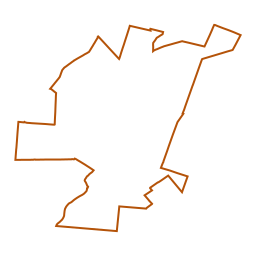 Lehliu, Calarasi, Romania (Natural Earth projection)
{"feature_id": "2599482B77078336789858", "entity_name": "Lehliu", "entity_type": "district", "adm_level": 2, "iso_a3": "ROU", "parent_name": "Romania", "parent_adm1": "Calarasi", "projection": "natural_earth1", "projection_center": [26.817, 44.478], "detail": "fine", "context": "isolated", "style": "outline", "palette": "amber", "viewbox_px": 256, "rotation_deg": 0, "n_neighbors": 0, "source": "geoboundaries", "source_scale": "gbopen_adm2", "svg_char_len": 3820}
<svg xmlns="http://www.w3.org/2000/svg" viewBox="0 0 256 256"><path d="M56.2,226.0L64.5,226.7L116.8,231.1L119.3,206.4L146.2,208.6L146.7,207.9L147.9,207.0L152.0,204.0L152.1,203.8L149.9,201.5L149.5,201.0L149.3,200.9L149.1,200.6L148.4,199.7L144.6,195.3L152.0,190.4L150.1,188.2L150.1,187.9L150.2,187.7L157.8,182.4L158.4,182.3L161.0,180.6L168.2,175.6L182.0,192.2L187.6,176.4L177.3,173.1L169.8,170.5L160.9,167.9L162.2,164.5L162.9,162.8L163.3,162.2L163.6,160.9L163.9,160.1L164.4,158.7L165.1,156.7L166.1,153.9L167.1,151.1L168.8,146.1L172.7,135.1L177.5,122.1L183.3,113.8L182.6,113.5L184.2,109.5L185.3,106.2L191.1,89.8L192.7,85.3L192.8,85.2L196.0,76.1L197.0,73.3L198.9,67.9L201.3,61.2L202.0,59.3L202.1,59.1L203.3,58.7L221.7,53.2L227.3,51.5L229.4,50.9L231.6,50.3L231.8,50.2L232.3,50.1L232.7,49.9L233.4,48.6L235.5,44.8L237.5,41.0L240.6,35.1L238.0,34.0L234.5,32.5L232.0,31.5L229.7,30.6L227.3,29.7L223.4,28.3L221.0,27.4L219.5,26.8L217.4,26.0L215.1,25.0L214.2,24.9L213.6,26.2L212.7,28.2L212.3,29.3L209.8,35.0L208.2,38.5L204.5,46.5L204.4,46.5L188.5,42.7L182.4,41.3L182.2,41.2L180.7,41.6L179.3,42.0L177.2,42.6L174.6,43.3L171.1,44.3L168.2,45.1L165.7,45.8L163.9,46.3L163.5,46.5L160.9,47.5L157.2,49.1L155.8,49.6L154.3,50.3L154.0,50.4L153.5,50.9L153.1,51.2L153.2,47.0L153.1,45.0L153.1,44.0L153.2,42.9L153.9,41.9L155.0,40.5L155.7,39.4L156.6,38.0L156.9,37.7L158.6,36.7L159.8,35.9L161.2,35.0L161.3,35.0L162.6,34.2L163.1,32.0L156.8,30.4L151.9,29.2L150.4,28.8L150.3,29.0L150.4,30.0L150.5,30.6L149.3,30.3L140.6,28.3L129.8,25.8L129.2,27.9L127.1,34.5L126.1,37.6L125.0,41.0L123.8,44.8L122.7,48.0L121.2,52.6L120.0,56.6L119.3,58.6L119.1,59.0L109.1,48.2L103.5,42.1L98.2,36.4L97.8,36.6L97.7,37.2L97.5,38.1L97.4,38.2L96.5,39.6L95.3,41.6L94.4,43.2L93.9,43.9L92.7,46.0L92.3,46.6L91.2,48.4L90.3,49.9L89.4,51.3L89.2,51.6L89.1,51.8L88.9,51.9L88.8,52.0L86.7,53.3L84.9,54.2L83.0,55.4L77.3,58.6L74.8,60.1L74.6,60.2L74.2,60.4L74.2,60.5L71.9,62.1L70.2,63.4L69.3,64.0L68.9,64.3L66.1,66.4L64.2,67.7L64.1,67.8L64.0,68.0L62.8,69.4L62.4,69.9L62.2,70.2L62.1,70.4L61.8,71.3L61.1,73.1L60.5,74.9L59.9,76.5L59.8,76.9L59.6,77.1L59.4,77.4L59.0,77.9L58.7,78.4L58.5,78.6L57.1,80.3L56.4,81.2L55.4,82.4L54.5,83.5L53.8,84.4L52.4,86.1L51.6,87.1L50.2,88.8L50.8,89.0L51.2,89.1L51.4,89.2L51.7,89.5L52.5,90.1L53.7,91.1L54.3,91.6L54.7,91.9L56.1,93.0L55.9,95.9L55.8,99.2L55.6,103.6L55.5,106.2L55.4,109.1L55.3,112.0L55.0,117.6L54.9,119.8L54.8,121.9L54.7,124.5L54.3,124.7L52.6,124.6L48.9,124.3L45.2,124.0L31.9,123.2L29.8,123.0L26.9,122.8L25.4,122.4L24.7,122.1L24.4,121.9L24.0,122.4L21.8,122.2L19.1,121.9L18.4,121.9L18.0,126.8L17.4,134.3L16.9,141.4L16.4,147.8L16.2,149.4L15.4,159.9L18.7,159.9L21.9,159.8L28.3,159.8L29.4,159.8L29.5,159.8L33.6,159.7L34.1,159.5L35.2,159.5L35.5,159.7L48.8,159.5L56.0,159.5L61.3,159.5L66.2,159.4L71.0,159.3L71.5,159.3L72.0,159.1L72.8,159.2L73.5,159.3L74.1,159.3L74.7,158.6L75.2,158.8L75.9,159.1L76.1,159.2L77.5,160.1L79.9,161.5L85.1,164.7L87.1,166.0L89.3,167.4L92.3,169.4L93.6,170.3L92.1,172.1L89.9,173.7L89.5,174.1L89.0,174.5L88.3,175.4L88.0,175.7L87.4,176.0L87.0,176.4L86.7,176.8L86.2,177.6L85.7,178.4L85.4,178.8L84.9,179.6L84.7,180.6L85.1,181.4L85.5,181.9L85.7,182.3L86.0,182.8L86.1,183.0L86.4,183.7L86.8,184.7L87.0,185.2L87.2,185.8L87.6,186.1L88.1,186.7L87.9,187.2L87.7,187.7L87.4,188.2L87.0,188.3L87.0,188.8L86.9,189.7L86.6,190.8L86.3,191.3L84.3,193.4L83.4,194.1L82.0,195.0L80.8,195.6L79.5,196.3L76.9,197.9L74.3,199.7L73.2,200.6L73.0,200.8L71.8,201.8L71.5,202.1L69.0,203.4L68.7,203.7L68.3,204.1L68.0,204.4L67.6,204.9L67.4,205.1L66.6,206.1L66.1,206.8L65.6,207.8L65.3,208.3L65.0,209.0L64.8,209.9L64.7,210.4L64.6,210.9L64.4,212.6L64.3,213.4L64.1,215.6L64.1,215.8L63.7,216.8L63.6,217.1L63.2,217.9L62.4,219.2L62.1,219.7L61.8,219.9L60.9,220.8L60.1,221.6L58.9,222.6L57.7,223.5L56.8,224.5L56.4,225.5L56.2,226.0Z" fill="none" stroke="#b45309" stroke-width="2"/></svg>